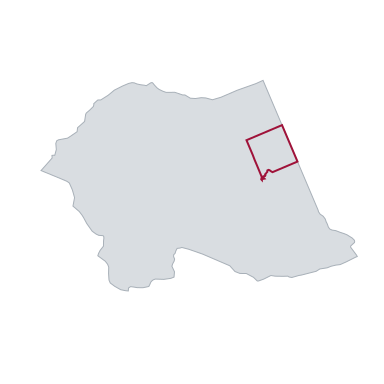 Uganda, with Kalangala highlighted, rotated 247°
{"feature_id": "UGA-2631", "entity_name": "Kalangala", "entity_type": "District", "adm_level": 1, "iso_a3": "UGA", "parent_name": "Uganda", "parent_adm1": "", "projection": "albers", "projection_center": [32.167, -0.565], "detail": "fine", "context": "in_parent", "style": "outline", "palette": "rose", "viewbox_px": 384, "rotation_deg": 247, "n_neighbors": 0, "source": "natural_earth", "source_scale": "10m", "svg_char_len": 2863}
<svg xmlns="http://www.w3.org/2000/svg" viewBox="0 0 384 384"><g transform="rotate(247 192 192)"><path d="M267.0,301.0L262.0,301.0L253.8,301.0L245.6,301.0L237.4,301.0L229.2,301.0L221.1,301.0L212.9,301.0L204.7,301.0L196.5,301.0L188.4,301.0L180.2,301.0L172.0,301.0L163.8,301.0L155.6,301.0L147.5,301.0L139.3,301.0L131.1,301.0L126.3,301.0L125.3,300.9L124.6,300.7L121.5,301.3L118.4,303.3L115.0,304.1L111.3,303.8L110.9,304.0L109.0,304.0L106.4,303.8L104.0,304.4L102.2,306.1L100.3,309.2L97.0,312.6L94.3,315.7L92.1,317.9L87.0,321.5L84.2,322.6L82.9,322.4L82.0,321.8L80.4,317.2L79.4,316.4L69.5,318.8L68.0,318.9L68.1,317.4L67.4,306.6L67.3,300.0L68.5,295.8L69.3,291.0L69.4,286.8L71.2,279.6L70.5,275.3L72.8,260.2L73.4,257.8L74.3,250.5L75.8,248.2L77.1,247.3L78.8,242.9L82.0,235.7L84.3,232.0L83.8,224.0L84.1,218.5L84.6,217.3L89.4,215.3L95.7,210.2L98.3,204.3L102.0,200.5L109.2,198.0L109.3,198.0L130.6,177.6L140.6,166.6L144.9,161.0L145.1,159.0L145.9,156.3L144.2,154.2L142.1,152.4L141.4,150.6L139.6,149.8L137.1,149.8L135.4,148.6L133.4,146.1L131.5,144.5L125.4,144.7L120.7,142.2L120.8,138.7L122.6,131.9L126.2,124.2L126.3,122.1L125.8,120.2L125.0,118.7L123.4,117.1L121.9,115.3L123.0,109.7L125.3,104.3L127.1,101.5L128.9,98.5L128.4,96.0L125.8,94.7L127.1,92.3L129.9,88.2L135.4,84.0L140.2,81.2L143.4,81.2L149.7,83.4L155.4,86.0L158.5,86.1L162.2,85.1L170.1,80.4L171.9,81.9L174.2,84.7L176.7,89.3L181.6,91.5L184.0,92.9L185.7,93.4L186.6,93.0L188.5,89.3L190.7,87.3L194.9,84.8L204.1,82.8L210.7,82.2L213.4,81.8L218.1,80.6L225.5,76.9L232.7,81.7L240.6,82.7L248.2,82.6L250.5,81.2L251.8,80.0L259.9,72.1L270.7,61.4L277.9,76.5L280.4,77.4L280.0,78.8L279.4,80.0L284.1,83.7L289.9,85.6L292.0,87.5L292.2,89.5L290.2,98.4L290.6,100.9L292.4,109.8L295.9,111.8L298.9,120.7L305.1,124.5L306.0,125.6L307.4,130.0L309.3,134.7L310.8,135.8L311.7,136.1L313.5,141.2L312.4,144.0L313.8,152.6L316.1,160.3L316.7,169.5L316.7,173.5L316.7,176.0L316.1,179.5L315.0,181.5L313.0,183.5L310.8,186.6L308.9,189.9L307.7,191.5L308.6,196.5L308.4,197.8L307.9,198.4L305.1,199.2L301.5,200.5L299.3,201.8L296.3,204.4L293.8,207.1L290.5,215.1L285.0,221.3L284.1,223.4L279.0,227.1L276.7,231.7L275.2,237.4L273.2,241.4L268.9,246.9L267.9,255.7L268.0,273.2L266.8,293.2L267.0,301.0Z" fill="#d9dde1" stroke="#a8b0b8" stroke-width="1"/><path d="M212.6,301.0L204.3,301.0L195.9,301.0L187.5,301.0L179.0,301.0L178.8,301.0L178.8,290.5L178.8,273.9L179.8,273.1L180.7,272.5L181.8,271.9L182.5,271.0L182.4,269.8L181.1,269.2L180.8,268.4L180.4,267.7L180.0,267.2L179.9,266.9L179.8,266.5L179.7,266.2L179.4,266.1L179.0,266.1L178.7,266.1L178.5,265.9L178.2,265.5L178.5,264.3L178.5,263.6L178.1,263.3L177.6,263.3L176.0,263.9L176.4,262.0L176.7,261.3L176.4,261.3L175.7,261.0L176.5,260.7L177.7,261.7L179.3,262.1L190.8,262.2L197.3,262.2L202.1,262.4L207.3,262.4L218.4,262.4L218.4,276.1L218.4,301.0L212.7,301.0L212.6,301.0Z" fill="none" stroke="#9f1239" stroke-width="2"/></g></svg>